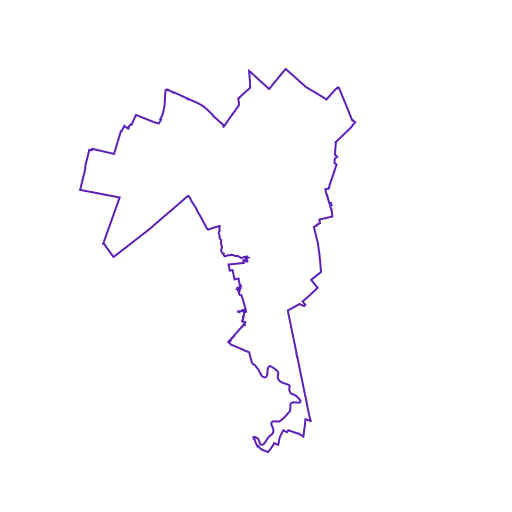 the district of Stichtse Vecht, Utrecht, Netherlands, rotated 159°
{"feature_id": "6326949B24894131059498", "entity_name": "Stichtse Vecht", "entity_type": "district", "adm_level": 2, "iso_a3": "NLD", "parent_name": "Netherlands", "parent_adm1": "Utrecht", "projection": "albers", "projection_center": [5.022, 52.203], "detail": "fine", "context": "isolated", "style": "outline", "palette": "violet", "viewbox_px": 512, "rotation_deg": 159, "n_neighbors": 0, "source": "geoboundaries", "source_scale": "gbopen_adm2", "svg_char_len": 5993}
<svg xmlns="http://www.w3.org/2000/svg" viewBox="0 0 512 512"><g transform="rotate(159 256 256)"><path d="M389.4,306.2L384.0,307.7L345.7,319.3L330.1,325.0L329.4,325.1L328.5,325.6L316.9,329.6L299.5,336.0L297.7,336.5L297.4,336.2L296.7,332.7L296.5,329.9L295.4,324.9L295.0,322.9L294.5,317.7L294.0,315.3L292.4,302.7L291.9,298.7L291.2,297.8L284.2,297.5L279.2,297.1L279.2,296.6L279.8,296.3L280.1,295.7L280.7,292.8L281.0,292.4L282.0,291.9L282.5,291.2L282.7,287.8L283.3,286.6L283.4,286.0L283.4,285.6L283.1,284.4L282.9,283.3L282.9,282.8L283.2,282.3L284.1,281.0L284.5,276.6L284.9,275.9L286.2,274.5L286.7,273.1L286.6,271.9L286.2,270.0L285.3,269.9L285.7,268.2L285.4,267.0L285.3,266.8L281.6,266.7L280.6,266.2L278.8,265.7L278.3,266.0L278.1,265.8L278.1,265.5L277.2,265.3L276.4,264.2L275.6,263.6L275.2,263.5L274.2,262.9L273.1,262.7L273.1,262.4L272.2,261.7L271.0,259.9L270.6,259.6L270.0,259.4L267.1,259.2L266.7,259.1L266.2,259.2L264.2,258.5L264.4,258.1L266.2,258.8L266.5,258.8L266.0,258.2L265.8,257.7L264.6,257.2L265.1,257.1L266.1,257.7L266.6,258.1L266.7,256.6L265.9,256.8L265.8,256.4L266.0,254.0L267.1,254.2L266.9,255.9L268.8,256.1L268.7,256.3L269.2,256.4L269.2,255.5L269.8,255.5L270.0,253.9L284.7,257.9L285.7,251.8L282.9,251.2L283.5,247.3L283.6,247.2L283.6,246.9L284.4,241.8L280.4,241.2L280.6,240.1L281.3,236.2L281.4,235.3L281.6,234.5L281.6,234.1L280.8,234.1L280.9,232.8L284.8,232.9L284.9,232.1L284.7,231.7L285.5,231.7L285.1,231.3L283.1,231.3L282.9,231.2L283.5,231.0L283.4,230.6L283.4,229.7L285.0,229.7L284.7,228.5L285.2,228.0L285.3,227.4L285.0,227.3L285.3,226.6L284.9,225.2L284.5,224.8L283.6,224.5L284.7,209.7L288.1,210.4L288.3,209.6L291.7,210.5L291.7,210.3L292.6,210.7L292.8,210.4L291.8,209.7L291.7,210.3L285.1,208.8L285.3,207.5L287.4,207.9L287.6,207.3L287.8,207.2L287.7,206.8L288.0,206.1L289.2,203.9L289.8,204.1L290.4,202.8L290.2,202.4L290.9,201.6L291.8,200.9L292.4,200.1L290.6,198.9L290.9,198.5L290.1,198.4L289.8,197.8L290.9,197.3L291.2,195.5L292.3,196.2L293.4,195.6L293.9,195.0L294.2,195.2L304.8,189.7L305.0,189.4L304.9,189.4L305.4,189.0L305.7,189.2L306.3,188.9L306.8,188.2L307.1,188.5L310.7,186.6L310.1,186.1L310.8,185.7L310.9,185.8L311.4,185.3L312.4,186.1L312.7,185.8L312.4,184.7L312.0,184.4L311.6,183.2L310.8,181.9L301.8,173.3L300.2,171.4L299.3,170.9L297.9,169.5L296.9,168.4L297.8,160.6L298.0,157.9L297.9,157.2L297.6,156.4L296.1,154.3L295.5,152.5L294.4,148.7L294.3,146.7L293.9,144.7L293.7,142.4L293.5,141.7L293.0,141.0L292.0,140.0L290.9,139.5L290.0,139.5L289.2,139.9L288.4,140.7L287.6,141.8L286.4,144.8L285.8,146.0L284.5,147.5L283.4,148.2L282.4,148.2L281.8,147.8L279.7,145.1L278.3,142.9L277.4,140.9L277.2,140.0L277.1,139.2L277.4,138.1L278.6,136.3L279.1,135.1L279.4,133.4L279.1,131.9L278.4,130.4L277.3,128.9L276.1,127.7L272.4,124.7L271.3,123.3L271.2,122.7L271.3,122.2L272.4,120.5L272.9,119.2L273.0,117.3L272.8,115.8L272.5,115.1L272.0,114.4L269.9,112.6L268.9,111.4L267.2,108.0L266.4,105.2L266.5,104.4L267.0,103.9L267.4,103.6L267.9,103.5L273.6,106.0L275.2,106.2L276.6,105.7L277.1,105.1L277.5,103.7L279.4,99.8L280.2,98.8L281.1,98.2L282.6,97.7L286.7,95.4L291.9,93.5L293.0,93.3L294.1,93.4L295.5,93.9L298.7,95.3L299.7,95.5L300.5,95.3L301.4,94.6L301.9,93.6L302.0,93.0L301.9,88.8L302.0,87.8L302.5,86.4L303.4,84.9L304.5,84.1L307.9,83.0L309.4,82.3L314.2,78.8L316.3,77.6L317.1,77.5L318.1,77.7L319.0,78.0L319.4,78.4L319.5,79.3L319.4,83.3L319.5,84.1L319.7,84.8L320.4,86.0L321.5,87.2L322.5,87.7L323.5,87.7L323.5,86.1L323.0,86.1L323.2,83.0L322.9,77.6L322.0,77.8L321.2,75.2L320.0,73.2L315.0,68.6L308.8,72.5L306.1,74.8L304.5,73.0L302.9,71.8L299.0,78.0L294.4,82.3L292.8,83.5L291.3,81.5L290.1,80.4L288.3,81.8L282.6,76.9L280.4,75.2L280.1,75.3L276.5,70.4L271.2,80.2L268.3,85.9L264.0,82.3L263.9,82.4L263.8,85.4L263.6,87.1L261.6,99.1L260.9,102.7L261.0,103.0L260.8,103.1L260.5,104.7L260.3,107.0L253.6,147.0L253.8,147.0L253.3,150.0L253.2,149.9L253.0,150.5L245.9,193.7L237.0,194.9L232.5,195.6L231.5,194.3L228.9,192.0L227.4,192.9L228.9,196.8L224.1,198.5L216.4,201.5L209.9,204.3L212.3,211.7L213.1,213.9L201.0,217.8L199.5,223.2L198.9,224.7L198.3,227.5L197.9,228.3L197.3,231.0L196.0,235.5L195.3,238.8L193.7,245.5L191.5,262.4L188.0,262.7L187.8,262.9L187.8,263.5L184.5,263.7L183.8,267.3L170.5,265.5L169.4,270.1L169.2,271.9L168.9,271.8L168.8,272.6L169.1,272.7L168.8,276.6L167.2,276.4L167.1,278.7L168.7,279.0L168.5,280.1L168.1,286.4L167.9,286.3L167.9,287.7L168.1,287.7L167.9,289.4L167.4,293.4L165.5,293.2L164.3,292.8L163.6,293.3L163.8,293.4L154.9,304.2L152.4,307.0L152.5,307.2L148.0,312.5L149.4,314.9L147.8,318.3L144.6,319.6L146.0,322.2L142.5,329.8L140.9,332.8L140.7,333.6L140.8,333.7L122.0,341.6L121.8,341.8L120.9,342.1L117.8,344.1L115.5,345.2L116.8,347.9L117.5,347.9L117.6,349.0L117.9,366.9L118.3,383.5L118.9,384.0L120.1,383.4L120.3,383.8L123.7,382.3L134.1,376.9L140.8,385.8L148.8,395.8L161.2,419.9L163.7,418.7L183.9,407.2L194.7,428.6L194.7,429.2L195.1,429.5L196.0,430.9L196.2,430.4L196.3,430.7L198.2,424.2L198.5,423.2L198.6,422.7L201.1,415.2L215.0,409.9L214.9,409.6L216.2,409.2L217.3,404.0L217.5,403.8L217.7,403.1L222.0,400.1L227.0,396.9L227.0,396.7L227.3,396.5L227.5,396.5L228.0,396.3L237.2,390.0L238.7,389.0L238.8,389.2L240.0,388.4L240.1,388.7L239.3,389.3L239.5,390.0L244.4,399.5L245.4,401.3L245.8,402.1L245.6,402.4L248.7,409.4L250.6,413.1L252.6,416.1L256.0,420.1L263.0,427.0L263.2,426.8L263.4,426.9L263.2,427.1L263.4,427.3L263.7,427.2L263.7,427.4L263.6,427.6L271.7,435.9L274.3,438.3L274.5,438.1L274.9,438.4L276.8,440.9L278.7,442.3L278.5,442.7L279.4,443.3L279.6,443.0L279.9,442.9L280.8,443.4L284.2,436.9L284.0,436.7L284.7,435.2L287.3,429.6L288.5,427.4L290.4,424.6L290.4,424.4L293.3,420.7L296.4,417.9L295.8,417.2L299.3,414.6L302.8,417.1L317.5,430.7L325.1,423.2L325.5,423.7L328.8,422.3L328.8,421.2L329.4,420.6L330.3,421.5L331.2,422.7L331.9,423.8L332.3,424.7L336.9,420.6L337.4,420.9L352.0,402.2L370.6,414.8L371.2,413.9L371.6,413.7L372.2,413.8L373.7,414.8L376.9,410.0L382.8,401.7L384.2,398.6L386.9,394.4L388.3,392.6L396.5,380.7L362.3,359.5L394.1,322.4L393.7,322.4L389.4,306.2Z" fill="none" stroke="#5b21b6" stroke-width="2"/></g></svg>